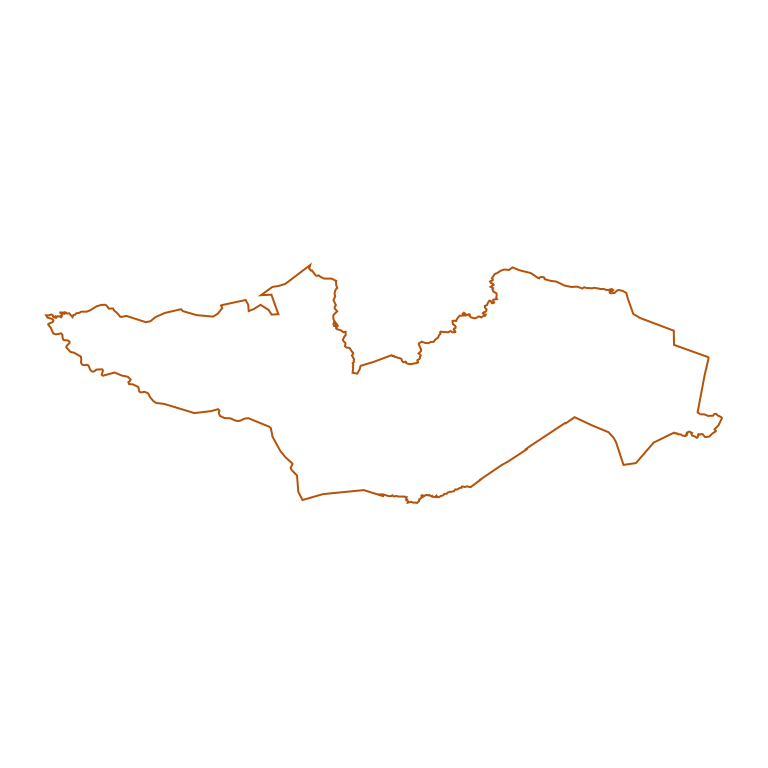 the district of Pelēču pag., Preilu, Latvia
{"feature_id": "27541924B42049645458782", "entity_name": "Pelēču pag.", "entity_type": "district", "adm_level": 2, "iso_a3": "LVA", "parent_name": "Latvia", "parent_adm1": "Preilu", "projection": "natural_earth1", "projection_center": [26.741, 56.146], "detail": "fine", "context": "isolated", "style": "outline", "palette": "amber", "viewbox_px": 768, "rotation_deg": 0, "n_neighbors": 0, "source": "geoboundaries", "source_scale": "gbopen_adm2", "svg_char_len": 6058}
<svg xmlns="http://www.w3.org/2000/svg" viewBox="0 0 768 768"><path d="M156.3,403.0L164.1,403.9L194.5,413.1L211.0,411.1L218.0,409.2L219.4,410.3L218.8,413.0L220.0,416.0L224.6,418.1L230.2,418.3L235.8,420.7L238.1,421.0L240.4,420.6L244.7,418.6L248.3,418.2L269.4,426.8L270.8,428.0L272.6,436.9L280.4,451.1L285.5,457.3L292.4,463.5L292.5,464.2L290.7,467.6L290.7,468.3L292.1,470.5L297.0,475.5L298.3,491.8L302.5,500.0L323.1,494.1L363.8,490.1L383.9,496.4L380.7,494.4L383.3,494.4L388.9,496.2L391.5,496.0L392.3,495.3L393.9,496.5L396.4,495.9L397.9,496.5L405.0,496.6L405.6,497.4L406.5,497.3L406.1,498.2L407.3,499.8L406.4,500.1L408.0,501.5L407.7,502.7L411.3,501.8L413.7,502.8L415.0,502.5L417.0,503.0L419.1,501.0L419.3,499.2L420.1,499.0L421.5,497.3L422.7,497.2L422.7,496.6L421.5,495.8L422.0,495.2L424.5,496.0L424.9,495.4L426.6,494.9L428.0,495.5L429.1,494.9L430.8,496.1L432.1,495.9L432.2,496.7L432.8,496.8L435.0,497.0L436.1,496.0L436.1,496.9L437.1,496.6L437.2,497.1L439.2,497.1L440.7,496.0L443.1,495.4L444.3,493.9L446.7,493.8L447.8,492.5L449.1,492.0L453.9,491.3L455.3,489.4L456.9,489.6L460.0,487.8L461.5,487.8L461.8,486.6L463.3,486.5L464.6,487.1L466.8,486.3L470.5,487.2L480.7,479.7L480.4,479.5L501.6,465.1L507.8,461.7L526.6,449.4L526.0,449.0L531.9,444.9L565.2,422.9L565.8,423.3L574.6,417.2L592.3,425.5L608.5,432.2L613.5,437.6L616.0,442.1L623.5,464.9L635.9,463.1L653.8,442.5L673.9,432.7L674.6,433.3L676.0,433.1L676.4,433.7L677.8,433.6L678.2,434.3L680.7,434.4L682.5,435.6L685.4,436.1L686.7,435.2L686.1,434.4L687.3,433.7L686.9,432.6L689.3,431.6L692.1,433.0L691.4,434.0L692.1,435.5L694.8,436.4L696.8,437.8L697.5,437.5L698.1,436.0L698.0,434.9L698.7,434.1L699.8,434.6L701.6,434.0L702.7,434.3L704.9,436.9L705.6,437.1L709.1,436.6L712.4,433.5L715.8,431.3L715.8,430.7L714.5,429.3L718.5,425.3L721.9,418.2L721.4,417.2L717.6,415.4L716.1,413.8L714.2,414.1L713.1,415.7L708.1,415.9L704.5,414.4L700.5,414.3L697.6,412.4L704.6,375.3L708.5,358.6L708.4,357.2L674.0,344.9L673.8,330.7L640.1,318.0L633.3,314.0L627.9,298.9L626.3,293.0L622.8,290.9L618.5,290.0L617.2,290.5L614.6,292.9L611.2,293.3L610.1,293.0L609.5,291.9L609.9,291.2L612.6,290.9L613.3,290.2L611.8,289.0L608.1,290.0L606.1,289.9L603.9,289.0L600.7,289.0L594.6,287.8L591.9,288.3L586.1,287.9L584.2,287.3L582.3,288.5L577.0,286.6L571.7,287.0L564.6,285.6L556.4,281.6L550.3,280.8L544.7,279.2L544.4,277.9L543.6,277.2L541.4,276.9L539.0,277.8L539.0,278.2L537.9,277.9L530.9,273.1L519.6,270.3L512.6,267.4L508.9,270.0L504.4,269.5L501.2,270.5L496.7,273.3L495.0,273.8L491.9,278.2L492.8,279.1L492.6,280.4L490.1,281.4L490.7,282.8L493.0,283.9L493.6,284.8L490.6,286.8L493.1,288.2L492.4,289.6L493.1,290.4L493.2,291.4L496.5,293.4L496.7,295.9L496.2,297.8L497.0,299.1L493.3,299.6L493.1,300.8L494.1,302.5L493.1,303.2L491.9,303.1L490.7,301.0L489.5,300.6L487.9,302.8L487.1,305.0L484.9,305.9L484.9,307.6L486.6,309.4L486.3,310.8L485.4,311.8L483.6,312.3L482.8,313.2L484.1,314.3L485.7,314.5L485.3,315.7L483.0,316.2L481.2,317.5L479.5,316.5L478.0,316.7L476.5,317.8L474.5,318.3L471.0,317.4L469.4,315.6L469.9,314.8L469.7,314.4L468.8,314.2L465.8,315.5L465.2,314.6L465.4,313.9L463.9,312.7L462.7,313.8L463.6,315.5L459.5,315.8L457.2,318.6L456.1,321.0L453.6,320.6L452.5,321.0L452.9,324.1L455.2,325.8L455.7,326.9L455.4,328.1L454.0,328.6L453.7,329.6L455.3,331.3L455.3,332.0L452.6,332.4L450.4,331.0L448.2,332.3L440.6,331.7L440.1,332.2L440.4,333.9L438.9,335.4L438.2,337.5L435.5,339.4L433.6,341.9L430.8,342.0L428.3,343.2L425.5,343.0L421.7,341.7L419.0,343.3L418.8,344.2L421.2,350.0L420.9,351.2L418.6,353.4L420.6,355.0L420.7,355.8L420.0,356.8L419.7,358.7L417.4,360.2L417.3,360.8L418.0,361.7L418.0,362.4L417.5,362.8L411.0,364.1L408.5,363.9L406.3,363.1L406.0,361.9L405.6,361.6L403.4,362.3L402.2,361.1L401.3,358.9L400.4,358.4L394.3,356.7L393.9,355.8L392.4,356.0L391.6,355.2L373.3,362.0L360.6,365.8L359.6,369.4L357.3,373.6L352.6,372.8L353.2,367.9L352.8,366.8L353.3,365.1L352.7,363.2L353.9,362.0L353.7,360.7L354.1,359.5L351.9,355.4L353.3,353.9L353.1,352.6L352.2,352.0L349.5,347.9L346.5,347.6L344.8,346.1L345.5,344.1L345.3,342.8L343.5,341.2L342.8,339.9L344.5,336.3L345.6,335.4L345.6,331.8L343.3,332.2L341.0,330.4L336.9,329.1L336.1,328.4L336.1,327.7L337.4,326.5L337.8,325.5L336.3,323.7L335.1,326.1L334.1,326.0L333.4,324.2L333.9,322.6L336.1,323.4L333.6,319.7L333.2,317.0L333.6,314.8L337.2,311.3L334.6,308.2L334.8,306.6L335.9,305.3L333.5,300.1L335.2,296.3L334.5,293.7L335.2,290.9L335.8,289.4L337.3,287.9L336.6,286.5L336.2,284.6L336.0,282.0L336.3,281.0L331.6,278.6L324.3,278.6L320.5,276.9L318.7,275.4L317.3,275.9L315.7,275.5L311.8,270.3L311.0,270.6L309.2,268.6L310.2,265.0L285.3,283.9L278.5,286.0L272.4,286.9L261.0,295.2L271.4,294.7L278.4,314.2L271.6,314.6L268.7,310.0L260.5,304.8L253.9,309.0L248.7,311.1L248.2,304.7L245.6,300.0L221.5,305.2L221.0,305.5L222.2,307.7L222.0,308.4L217.8,313.7L213.0,316.6L196.5,315.1L182.8,311.1L181.0,309.2L164.7,313.0L155.3,317.2L150.5,321.2L145.9,322.2L126.3,315.9L121.8,316.9L120.3,316.8L117.1,313.0L114.0,310.4L113.0,308.5L108.8,308.6L106.6,305.6L105.2,304.8L101.5,304.9L96.8,306.2L90.0,310.4L86.6,311.7L81.2,311.7L79.0,313.0L76.5,313.2L74.9,314.8L73.5,315.0L72.5,317.1L69.2,313.3L67.3,313.6L65.3,312.2L64.1,312.4L64.9,313.5L64.3,313.9L61.2,312.3L60.3,312.5L60.3,313.1L61.7,313.6L62.1,315.0L61.3,315.6L61.7,316.5L61.0,317.3L59.6,316.3L57.5,316.3L56.3,317.5L55.9,316.4L55.4,316.2L55.1,316.4L55.2,317.6L54.5,317.6L53.0,316.6L52.8,315.2L51.3,314.5L48.7,315.4L46.1,315.3L47.5,317.6L52.3,319.0L53.4,320.4L53.4,321.1L52.5,322.1L48.4,323.9L48.2,324.6L51.0,328.1L53.2,333.4L55.9,334.4L61.2,333.4L62.4,334.9L62.6,337.7L63.2,339.6L64.2,340.2L67.9,340.4L69.6,341.7L69.5,343.0L66.4,346.2L66.3,347.4L70.4,351.9L74.0,352.7L80.9,356.6L81.3,359.6L81.0,362.6L82.3,364.7L83.8,365.2L87.6,364.9L88.8,366.2L90.2,369.8L92.0,371.5L94.0,371.5L96.4,369.6L102.0,369.3L102.8,370.2L102.9,371.0L101.7,374.8L103.0,375.7L114.7,372.5L121.6,375.5L127.8,376.8L130.6,379.4L130.1,380.8L128.4,382.2L129.1,384.1L132.7,384.3L138.3,387.0L139.4,391.6L140.2,392.2L141.4,392.4L144.4,391.8L147.5,393.0L148.4,393.8L150.2,397.4L153.3,401.0L156.3,403.0Z" fill="none" stroke="#b45309" stroke-width="2"/></svg>